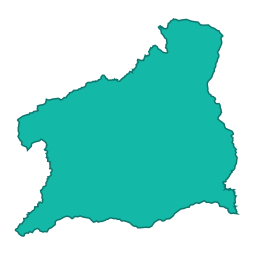 the district of Samoeng, Chiang Mai, Thailand, rotated 91°
{"feature_id": "78962969B23255460238511", "entity_name": "Samoeng", "entity_type": "district", "adm_level": 2, "iso_a3": "THA", "parent_name": "Thailand", "parent_adm1": "Chiang Mai", "projection": "natural_earth1", "projection_center": [98.669, 18.902], "detail": "fine", "context": "isolated", "style": "filled", "palette": "teal", "viewbox_px": 256, "rotation_deg": 91, "n_neighbors": 0, "source": "geoboundaries", "source_scale": "gbopen_adm2", "svg_char_len": 5781}
<svg xmlns="http://www.w3.org/2000/svg" viewBox="0 0 256 256"><g transform="rotate(91 128 128)"><path d="M55.0,112.0L60.3,113.7L59.9,114.8L60.4,115.9L59.4,118.4L59.3,119.4L60.7,119.8L62.0,118.8L63.1,119.9L64.3,120.3L64.5,120.9L66.2,120.7L67.6,121.4L69.4,123.2L69.4,124.0L70.0,123.4L70.3,124.3L71.8,125.2L72.3,124.9L71.5,127.1L73.6,128.3L74.3,130.1L75.8,130.9L76.2,132.1L77.3,132.4L77.7,133.7L78.7,134.3L78.9,135.0L81.3,137.1L81.4,138.8L80.5,140.0L79.9,139.5L79.6,140.5L80.0,141.7L79.2,142.3L80.4,143.3L80.0,144.5L80.6,145.4L80.3,146.7L80.9,148.2L79.1,149.9L79.0,151.0L78.2,151.0L75.8,152.8L75.7,154.4L77.5,155.8L79.2,155.8L79.6,156.3L80.4,158.4L81.4,159.1L81.9,160.8L81.6,161.5L82.3,161.9L82.0,163.5L83.2,166.0L83.1,168.8L84.6,170.8L85.6,170.7L87.3,171.5L87.7,172.5L88.4,173.0L88.3,175.2L89.7,175.9L89.8,177.8L91.1,178.9L91.4,183.1L93.1,184.4L93.8,187.1L94.7,187.1L96.1,188.8L98.7,190.6L98.7,192.4L100.8,194.5L101.0,196.5L100.2,196.7L99.6,198.2L100.5,204.3L101.4,206.7L101.3,208.5L100.7,210.1L104.3,210.8L105.2,211.5L106.3,213.6L106.6,216.1L107.6,218.9L109.0,218.6L110.5,219.1L111.8,218.2L112.4,218.4L113.2,222.5L114.5,223.8L114.8,226.6L116.2,227.0L116.5,229.3L118.0,233.3L121.5,238.3L122.0,238.5L124.5,236.6L125.9,237.2L127.8,237.2L129.2,237.7L133.1,237.6L135.1,236.6L138.4,237.8L142.2,235.6L143.7,233.9L146.4,234.1L147.4,232.6L148.5,229.6L150.4,228.3L152.0,228.1L148.0,224.4L145.5,224.1L144.9,223.6L143.7,221.2L142.3,216.2L140.7,214.7L142.6,211.4L144.0,209.8L146.9,208.7L147.5,209.4L148.8,209.3L151.1,211.1L151.8,210.5L151.8,209.4L152.7,208.1L154.3,208.2L154.8,209.4L155.5,208.8L156.7,208.6L158.0,208.6L158.8,209.1L159.3,208.7L159.1,207.6L162.6,207.7L162.5,207.1L163.5,205.7L163.4,205.0L165.3,205.6L165.7,205.0L167.4,205.4L169.0,204.8L169.6,205.6L170.1,205.4L169.9,204.5L170.8,203.4L171.9,203.0L173.9,204.5L176.4,203.9L178.0,205.9L178.3,207.3L179.7,206.7L180.4,207.9L181.2,207.5L182.5,207.9L184.4,209.1L186.5,208.8L187.8,209.9L188.1,211.7L190.3,212.3L191.3,213.5L191.8,213.4L192.0,214.3L193.9,213.9L196.2,212.5L199.4,212.8L200.8,211.9L201.7,212.4L202.7,212.0L204.2,212.5L204.4,213.4L203.6,214.3L203.8,215.7L204.9,215.7L205.4,216.7L206.4,217.0L208.2,216.5L208.5,219.9L210.2,219.9L212.0,220.7L212.5,222.1L214.3,223.7L214.5,225.8L215.3,225.0L215.8,225.1L215.6,226.0L216.3,227.4L218.3,226.4L219.1,227.7L220.3,228.5L220.3,230.7L222.2,230.2L225.5,232.3L226.1,234.6L227.5,235.0L228.1,235.8L230.2,236.4L231.0,238.3L231.8,238.7L232.4,238.7L233.5,236.6L235.9,235.0L237.2,233.1L237.8,231.7L237.8,230.4L237.1,229.8L235.7,229.7L234.5,227.3L235.0,225.9L233.3,224.6L234.2,221.8L231.4,219.9L230.1,217.2L230.4,215.5L232.6,214.0L232.8,212.6L233.5,211.3L233.0,209.8L233.2,207.1L229.9,205.3L229.2,203.2L226.0,199.2L223.0,199.0L222.0,198.3L221.2,197.1L220.8,195.0L217.8,189.7L217.3,187.5L217.6,185.0L219.5,182.6L219.4,181.7L217.9,180.3L217.4,179.2L217.6,176.6L216.8,174.1L217.8,171.3L218.8,165.0L222.7,160.9L222.4,159.4L221.4,157.7L222.6,156.3L221.9,153.9L221.8,152.3L220.7,149.2L219.7,147.9L219.6,146.5L218.3,144.7L218.2,143.2L218.9,140.4L218.7,138.8L219.5,136.8L219.4,134.5L221.0,133.0L220.9,129.9L221.9,126.7L223.2,123.6L224.3,123.0L225.9,120.6L226.3,117.7L227.7,116.3L227.4,114.9L227.6,114.2L227.0,109.6L227.0,104.9L225.6,102.5L222.4,100.4L220.8,98.7L219.8,96.6L219.0,96.1L219.2,93.5L220.3,92.2L220.2,90.3L218.3,88.1L217.9,84.6L214.8,81.0L213.7,80.7L212.4,79.5L208.0,73.8L207.5,70.7L206.3,67.9L206.1,65.5L203.8,64.3L203.5,61.4L201.8,59.3L201.7,57.3L202.1,55.5L199.3,50.5L201.0,48.3L200.8,46.2L201.7,42.9L200.3,39.9L200.8,36.9L202.4,35.6L204.7,34.9L205.1,30.5L206.3,29.0L206.7,26.8L209.0,26.5L209.4,25.9L210.4,25.7L211.0,24.7L211.7,23.5L211.3,21.7L211.8,17.3L210.9,18.5L209.9,17.7L207.4,18.7L207.4,19.1L206.7,19.5L205.2,19.1L204.8,20.2L204.3,19.0L204.2,19.6L203.0,20.3L201.9,20.5L201.6,20.1L201.1,20.6L200.6,19.4L196.5,19.9L196.0,19.3L194.9,19.7L194.1,18.7L192.9,20.7L192.1,20.7L191.7,20.1L190.9,20.2L190.7,20.6L190.2,20.2L189.6,21.5L188.8,21.7L187.9,20.5L187.7,21.0L188.2,22.4L187.5,24.3L186.7,24.8L187.1,25.8L187.9,25.7L188.1,25.3L188.5,26.1L187.5,27.1L187.8,27.8L187.2,28.5L187.7,30.2L186.7,29.4L185.2,30.4L185.0,30.0L184.6,30.5L184.0,29.6L183.1,29.7L182.2,31.6L180.7,31.5L180.4,31.9L180.0,31.4L180.2,29.7L179.8,29.1L178.4,29.5L176.7,27.4L176.0,27.4L175.5,26.6L173.7,25.5L172.7,25.5L172.6,24.9L170.7,23.9L170.4,23.2L169.8,23.1L169.3,23.8L168.9,23.8L168.4,21.9L166.6,20.6L163.8,20.3L161.6,19.1L155.4,18.4L153.2,20.1L152.4,20.2L150.6,19.4L148.7,20.4L147.6,19.4L144.8,22.0L142.1,22.2L140.8,23.7L138.9,23.0L135.8,23.0L134.4,24.8L133.7,24.5L132.4,22.6L131.6,22.6L129.5,23.9L126.8,30.3L125.6,31.2L122.2,32.0L117.6,38.2L115.6,37.9L113.7,36.7L113.1,35.7L111.5,35.5L110.8,34.8L106.9,35.7L106.1,36.2L103.8,36.3L102.1,37.3L102.1,40.3L101.2,41.4L99.3,42.0L97.6,41.0L96.8,41.2L95.2,43.4L94.7,45.3L93.3,45.9L92.5,47.5L89.2,49.0L87.5,48.8L82.7,49.6L80.2,48.9L76.1,45.3L71.2,43.7L69.7,42.7L67.3,42.6L65.0,41.4L62.1,41.3L59.8,40.0L57.0,39.6L56.2,38.8L54.3,38.4L53.3,38.5L51.3,39.6L50.2,39.6L48.5,38.5L42.1,35.9L40.2,35.8L37.1,36.6L35.6,36.3L34.6,34.9L34.1,34.9L30.8,38.1L29.4,38.6L28.8,40.8L27.0,43.2L25.6,47.1L23.6,49.3L23.9,53.7L23.7,57.3L21.0,59.7L20.2,66.2L18.4,71.6L19.3,77.4L19.9,78.9L18.5,82.2L18.7,83.5L18.2,84.4L18.8,84.5L20.5,87.4L21.9,87.9L22.7,89.5L27.0,90.3L28.0,91.2L27.9,94.5L27.1,94.7L27.2,95.8L26.5,95.6L26.1,96.1L26.5,97.1L25.4,97.4L25.7,98.4L26.8,99.3L28.4,98.1L28.9,97.0L32.8,96.2L33.9,94.9L37.4,92.6L38.1,91.4L39.0,90.8L40.8,90.9L42.5,90.3L44.2,91.5L45.1,91.1L46.9,91.8L47.3,91.7L47.9,90.6L51.8,89.7L52.3,90.4L52.4,91.4L51.6,94.5L49.3,97.3L48.2,99.4L46.3,100.2L44.9,102.3L45.7,104.5L46.8,104.6L47.6,105.7L47.4,106.6L48.3,106.7L48.8,107.5L49.8,107.5L51.3,108.6L53.4,107.8L55.2,108.3L55.5,109.3L55.1,109.9L56.0,111.0L55.0,112.0Z" fill="#14b8a6" stroke="#0f766e" stroke-width="1.5"/></g></svg>